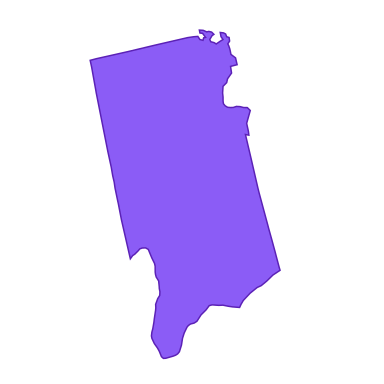 the district of Terra Roxa, Paraná, Brazil, rotated 167°
{"feature_id": "56859067B44295253149828", "entity_name": "Terra Roxa", "entity_type": "district", "adm_level": 2, "iso_a3": "BRA", "parent_name": "Brazil", "parent_adm1": "Paraná", "projection": "mercator", "projection_center": [-54.077, -24.189], "detail": "fine", "context": "isolated", "style": "filled", "palette": "violet", "viewbox_px": 384, "rotation_deg": 167, "n_neighbors": 0, "source": "geoboundaries", "source_scale": "gbopen_adm2", "svg_char_len": 1982}
<svg xmlns="http://www.w3.org/2000/svg" viewBox="0 0 384 384"><g transform="rotate(167 192 192)"><path d="M171.6,68.8L169.5,71.5L166.4,74.8L158.2,80.3L150.0,84.3L145.6,85.2L139.2,88.4L131.8,92.9L123.8,95.9L124.0,99.0L124.4,111.3L124.5,115.4L124.7,120.4L124.9,125.9L125.2,132.5L125.5,139.2L125.6,142.9L126.8,175.6L126.9,181.1L126.9,195.5L126.9,210.8L127.0,236.0L123.8,234.6L123.4,238.3L123.3,246.6L116.9,258.3L119.1,261.8L122.7,262.7L126.0,264.4L129.5,265.4L132.7,265.1L135.3,265.6L138.2,266.5L140.3,268.5L141.5,270.9L141.3,273.5L140.4,277.5L139.9,281.6L139.0,284.6L138.0,288.0L133.6,290.8L131.9,294.3L126.7,299.0L126.2,305.7L119.4,305.9L119.4,312.9L123.1,317.3L123.0,320.6L123.0,323.1L123.3,326.2L123.8,328.3L121.4,330.6L121.1,334.2L123.3,335.5L123.7,338.4L125.4,339.9L128.6,341.1L128.8,336.8L127.5,333.6L131.0,332.4L135.1,330.8L136.9,332.6L139.9,334.2L140.4,336.6L137.3,339.8L135.2,340.7L136.9,343.4L139.5,344.7L141.6,344.7L144.7,347.0L148.4,348.1L148.5,345.1L146.0,344.2L144.0,339.6L146.0,339.6L147.2,337.3L150.0,338.8L151.3,342.3L155.4,342.9L161.4,343.4L182.7,343.4L195.1,343.4L222.7,343.2L240.8,343.3L255.1,343.4L261.6,343.2L261.7,335.9L262.1,328.2L262.8,313.7L263.0,310.3L264.9,250.4L265.1,234.3L265.6,225.8L265.6,219.2L266.1,213.1L266.4,199.8L266.4,197.5L267.0,180.8L267.1,140.8L264.1,143.4L261.7,144.3L257.7,146.8L255.7,148.3L253.1,148.6L249.8,148.0L247.5,145.9L246.0,136.9L244.6,130.9L244.6,128.0L245.9,122.1L246.1,119.9L246.0,117.2L244.5,112.8L245.2,107.4L245.6,105.1L245.7,102.0L246.7,98.5L249.4,95.8L252.7,90.7L253.3,87.4L254.1,84.9L257.3,76.8L258.4,73.7L261.0,67.5L262.6,64.5L263.9,60.9L264.0,58.4L262.8,52.8L260.7,47.7L259.7,44.1L258.8,38.4L257.3,36.3L255.0,35.9L247.3,36.3L244.6,36.7L242.4,37.5L240.2,39.2L236.7,45.2L234.1,51.7L231.3,56.4L227.3,61.4L225.6,62.7L223.2,63.7L219.4,63.8L216.3,64.9L210.9,70.2L204.8,74.0L200.8,77.4L197.8,77.5L191.3,75.5L187.4,74.8L182.3,72.5L178.5,71.0L174.1,69.6L171.6,68.8Z" fill="#8b5cf6" stroke="#5b21b6" stroke-width="1.5"/></g></svg>